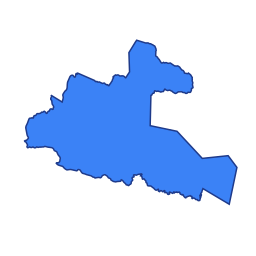 outline of Karimui/Nomane District, Chimbu, Papua New Guinea, rotated 354°
{"feature_id": "67681753B62109330711347", "entity_name": "Karimui/Nomane District", "entity_type": "district", "adm_level": 2, "iso_a3": "PNG", "parent_name": "Papua New Guinea", "parent_adm1": "Chimbu", "projection": "robinson", "projection_center": [144.808, -6.532], "detail": "fine", "context": "isolated", "style": "filled", "palette": "blue", "viewbox_px": 256, "rotation_deg": 354, "n_neighbors": 0, "source": "geoboundaries", "source_scale": "gbopen_adm2", "svg_char_len": 5796}
<svg xmlns="http://www.w3.org/2000/svg" viewBox="0 0 256 256"><g transform="rotate(354 128 128)"><path d="M54.8,87.3L55.3,88.2L55.3,88.6L54.3,90.4L54.2,91.4L54.4,91.9L55.0,92.7L55.1,96.3L56.0,98.0L56.3,99.2L56.3,99.6L55.7,100.3L55.4,101.5L54.8,101.6L53.9,101.0L52.8,101.0L52.4,101.3L51.5,102.9L50.6,103.0L49.7,103.8L49.3,104.6L48.7,104.9L48.4,104.9L48.0,104.5L47.8,103.8L46.8,102.8L46.5,102.6L45.8,102.8L44.9,103.4L44.4,103.4L43.8,103.2L42.5,104.2L40.9,104.4L39.4,104.2L38.8,104.4L38.0,105.4L37.3,105.9L36.1,105.9L35.8,106.1L35.4,106.7L35.2,107.0L35.2,107.6L34.9,108.1L34.5,108.2L33.6,107.8L32.8,108.0L31.4,108.0L31.0,108.1L30.4,108.8L28.5,112.7L26.8,115.5L26.4,116.8L26.4,118.1L26.9,124.0L27.1,125.2L27.8,126.7L27.9,127.4L27.8,127.9L25.8,129.6L24.4,129.7L23.8,130.1L24.1,130.8L24.7,131.1L25.3,131.7L25.6,132.8L26.1,133.6L26.3,134.6L25.6,135.8L25.6,136.4L26.1,137.1L26.7,137.1L28.1,136.6L29.5,137.3L30.3,137.3L31.1,137.0L31.6,137.0L32.7,137.8L33.3,138.0L34.3,137.9L35.0,137.3L35.4,137.3L36.5,137.9L38.6,137.7L39.0,137.9L40.9,137.9L42.1,138.0L43.3,137.6L44.4,137.9L46.2,138.6L50.2,139.6L51.1,140.2L51.8,141.1L52.2,142.4L52.4,142.8L54.1,143.8L54.6,144.2L55.0,145.1L55.2,146.1L56.0,148.0L56.8,149.0L57.4,150.3L57.5,151.0L57.3,151.7L57.0,152.6L56.8,153.6L56.5,154.3L55.5,155.1L55.0,155.3L53.5,155.1L53.0,155.5L53.9,156.9L55.3,157.8L59.1,159.4L60.2,161.0L61.4,162.3L62.7,163.2L63.6,163.3L65.3,163.2L66.8,163.3L72.4,165.2L72.7,165.2L73.2,164.9L73.7,164.3L74.2,164.1L75.3,164.4L76.0,164.9L77.3,167.5L78.1,168.3L80.6,169.3L81.8,170.0L86.3,171.7L87.3,172.5L87.9,173.1L89.0,173.4L89.5,173.7L90.0,174.3L92.0,174.1L94.0,174.1L95.1,174.6L95.6,174.6L96.3,174.2L97.5,172.7L98.0,172.5L99.6,172.0L100.4,172.1L102.3,173.7L103.3,175.5L105.1,176.5L105.4,176.8L105.5,177.6L105.7,178.0L107.8,179.6L110.0,180.3L111.8,180.1L114.9,180.2L115.3,180.0L115.5,179.2L115.9,178.8L116.6,179.2L117.6,180.3L118.2,181.5L119.7,183.1L120.2,184.1L120.4,184.4L121.5,184.6L122.0,185.1L122.7,185.3L123.7,184.5L124.8,184.1L125.4,183.3L125.6,181.9L127.2,180.4L127.2,179.7L126.8,178.8L126.9,178.1L127.2,177.6L127.5,177.4L128.4,177.4L128.9,177.1L128.9,176.5L128.6,175.5L129.0,175.2L129.5,175.2L130.1,175.4L130.5,175.4L131.2,175.8L131.7,175.7L133.1,175.2L136.4,175.0L136.8,175.2L137.0,175.6L136.6,176.0L135.7,176.4L135.5,176.6L135.4,176.9L136.2,177.0L136.5,177.2L136.9,179.2L136.9,180.0L137.2,180.4L137.4,180.5L138.1,180.2L138.5,180.2L138.9,180.6L139.2,181.3L140.2,182.4L140.2,183.9L140.5,184.4L141.1,184.8L141.3,186.8L141.6,187.4L142.1,187.7L143.0,187.7L143.6,188.0L144.6,188.0L146.5,189.9L147.2,190.4L148.0,191.6L149.0,192.6L149.9,192.8L150.7,192.6L151.3,192.1L151.8,192.1L151.9,192.8L151.7,193.9L152.6,194.6L153.1,194.4L153.6,193.8L154.1,193.7L154.8,193.9L155.6,194.9L156.1,195.1L156.5,194.9L157.2,194.1L157.8,194.1L158.1,194.5L157.8,195.7L158.0,196.2L159.3,196.1L159.9,196.5L160.5,197.9L161.1,198.3L161.6,198.2L162.4,198.0L162.5,197.5L162.2,196.9L162.2,196.5L162.5,196.1L162.9,196.1L165.7,197.7L165.9,197.6L166.3,197.2L166.8,196.4L167.0,196.4L167.3,196.8L167.5,197.3L168.2,196.8L169.3,197.0L169.6,196.7L169.9,196.7L170.5,197.3L172.2,197.1L172.5,197.2L172.9,198.0L172.8,198.5L173.2,199.3L174.2,199.7L174.8,200.3L175.5,199.9L175.9,200.3L176.2,201.3L176.7,202.2L177.6,203.3L178.2,203.5L178.8,202.7L179.5,202.7L180.2,202.3L181.7,202.1L182.8,201.8L183.4,202.5L183.8,202.5L184.3,202.7L184.4,203.1L184.2,204.5L184.4,204.8L184.8,204.9L185.3,204.4L186.9,204.9L187.9,206.2L188.7,206.4L189.4,206.4L190.0,207.4L190.9,207.7L191.8,207.5L192.1,206.6L192.6,205.6L192.4,204.8L193.1,204.5L193.3,203.9L193.1,203.7L192.5,203.4L192.3,203.2L192.4,202.5L192.7,202.2L193.0,202.2L193.4,202.9L193.7,202.9L193.9,202.6L194.0,201.9L193.6,201.3L193.5,200.8L194.6,199.7L195.1,198.3L196.2,196.1L220.7,214.4L232.2,178.6L224.7,166.0L198.7,166.0L176.4,136.4L150.3,128.0L154.2,97.9L155.0,97.8L155.7,96.7L156.3,96.1L157.3,96.1L157.8,95.6L158.0,94.5L158.3,93.9L159.0,93.9L159.7,94.4L160.4,94.6L161.7,94.4L162.8,95.0L163.6,95.2L164.4,95.7L165.7,95.4L167.0,95.4L168.6,93.2L168.9,93.2L169.5,94.0L171.3,94.9L173.1,94.7L174.0,95.0L174.9,95.7L175.6,96.0L176.5,97.1L178.6,98.6L179.8,98.4L181.8,97.3L185.3,97.6L186.1,98.3L187.2,98.6L188.1,98.7L188.6,99.3L189.3,99.7L189.9,99.6L190.8,99.4L191.3,98.8L192.2,98.8L193.3,99.1L193.7,99.0L194.0,98.8L194.7,97.7L195.1,96.7L195.1,95.9L195.2,95.6L195.6,95.2L196.5,95.0L196.9,94.5L196.7,92.6L196.6,91.6L197.2,89.8L196.8,88.0L196.8,87.2L197.0,86.7L197.0,85.3L197.2,84.5L195.8,81.6L193.8,79.7L193.3,80.2L192.6,80.1L189.9,79.3L189.8,78.3L189.1,76.9L188.4,76.3L187.7,76.0L186.3,74.0L186.1,73.4L185.7,72.8L184.4,71.7L183.8,71.4L183.1,71.5L180.8,71.1L176.9,67.8L174.7,67.9L174.1,67.7L173.3,67.1L172.4,66.9L171.4,67.2L170.2,66.4L169.6,66.8L168.4,66.9L167.8,66.5L166.1,63.0L165.3,62.1L164.8,60.9L164.2,60.1L163.3,59.5L163.1,59.0L163.2,57.9L163.6,55.5L163.5,55.0L164.1,54.0L164.1,52.3L163.4,49.8L163.0,49.1L162.3,48.8L161.3,47.8L160.4,47.4L159.4,46.6L157.9,46.3L157.3,45.7L156.5,45.4L155.8,45.5L155.4,45.3L154.7,45.4L145.8,41.6L144.5,43.1L136.8,53.1L135.4,72.4L131.0,77.8L130.5,77.5L129.6,76.3L128.4,75.6L125.4,75.4L123.8,74.2L123.0,74.1L121.8,74.3L121.2,73.9L120.8,74.0L120.0,74.7L119.5,74.8L118.4,75.7L118.5,76.1L118.8,76.3L118.7,76.7L117.8,77.9L117.2,79.4L116.3,80.5L115.9,80.9L115.6,81.5L114.5,82.5L114.1,83.2L113.7,83.4L113.4,83.9L112.9,83.8L112.3,82.8L111.5,82.9L111.3,82.6L110.2,82.2L109.5,81.1L109.0,80.8L107.2,81.0L104.3,79.2L103.0,79.3L102.0,78.5L101.4,78.6L101.1,78.4L100.8,78.5L100.3,78.2L99.8,77.3L83.8,68.2L83.5,68.9L83.2,69.1L82.9,69.1L82.3,68.4L81.8,68.8L81.1,71.3L80.8,71.7L80.4,71.8L79.9,71.7L78.8,69.9L78.4,69.7L77.3,69.7L76.6,70.0L75.7,70.8L72.7,76.1L72.2,78.2L71.7,81.4L71.2,82.9L70.4,83.9L69.1,84.8L67.1,87.3L66.8,87.9L66.6,88.4L66.8,90.7L66.4,92.4L65.2,95.3L54.8,87.3Z" fill="#3b82f6" stroke="#1e3a8a" stroke-width="1.5"/></g></svg>